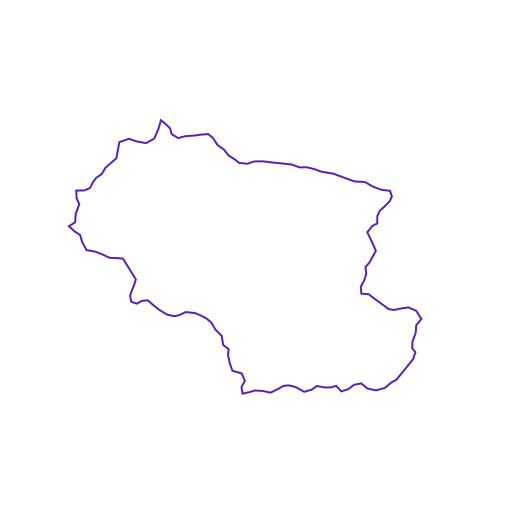 the district of Itupeva, São Paulo, Brazil, rotated 121°
{"feature_id": "56859067B21422135247003", "entity_name": "Itupeva", "entity_type": "district", "adm_level": 2, "iso_a3": "BRA", "parent_name": "Brazil", "parent_adm1": "São Paulo", "projection": "robinson", "projection_center": [-47.066, -23.146], "detail": "fine", "context": "isolated", "style": "outline", "palette": "violet", "viewbox_px": 512, "rotation_deg": 121, "n_neighbors": 0, "source": "geoboundaries", "source_scale": "gbopen_adm2", "svg_char_len": 1952}
<svg xmlns="http://www.w3.org/2000/svg" viewBox="0 0 512 512"><g transform="rotate(121 256 256)"><path d="M326.8,431.7L328.3,424.3L328.6,417.6L333.6,412.2L338.2,404.3L334.9,395.6L333.6,387.2L333.0,380.5L330.2,375.7L326.8,368.7L330.4,361.6L334.1,354.5L337.9,347.0L343.9,345.5L349.2,344.7L354.9,343.5L359.5,339.3L358.2,333.5L353.3,330.8L349.7,325.9L351.2,317.9L352.0,310.8L352.0,301.9L349.7,295.0L346.2,291.3L340.3,287.4L336.4,279.0L335.4,272.7L335.1,266.0L336.1,260.0L339.9,253.1L342.1,244.3L349.2,238.3L349.9,231.6L355.4,228.9L361.6,223.1L366.5,217.1L364.0,207.7L368.9,201.2L375.9,200.9L380.9,196.6L376.1,191.5L372.0,187.9L368.3,181.0L365.6,173.1L358.3,168.4L353.3,165.7L350.0,161.3L347.9,154.5L347.6,144.8L341.9,139.4L336.1,136.9L333.3,129.4L330.0,124.0L326.0,120.4L328.1,113.2L322.7,108.4L315.9,105.6L311.0,100.2L312.2,92.3L309.4,84.0L302.7,77.6L294.8,74.9L289.6,71.9L263.6,68.2L256.4,69.8L254.5,74.7L248.6,77.9L239.7,79.5L232.9,83.0L224.7,81.8L220.5,90.3L221.5,98.8L227.2,105.7L231.2,109.9L233.2,115.0L232.4,123.1L231.6,132.5L230.7,139.6L234.0,146.3L228.5,150.3L220.7,150.8L214.3,152.4L209.1,156.5L203.3,155.4L196.3,155.7L189.9,155.9L185.1,162.5L178.3,172.9L170.3,171.7L165.6,168.9L159.2,172.6L153.2,173.2L147.4,171.3L140.1,169.6L135.0,170.2L131.1,174.7L134.7,182.8L136.3,191.5L136.5,200.9L141.2,209.6L142.5,215.7L143.8,222.5L145.6,232.2L150.1,243.4L151.4,250.4L153.7,258.1L157.6,264.2L159.2,272.6L164.3,283.5L168.2,291.9L171.3,298.9L176.0,306.4L181.3,310.8L184.9,318.4L184.1,324.1L183.9,331.4L181.3,338.3L180.7,346.1L177.1,353.4L176.1,359.7L180.1,365.4L184.4,370.8L189.8,378.4L195.0,383.5L195.0,391.0L190.9,395.3L189.6,400.7L188.6,407.4L197.4,405.1L207.8,403.7L215.8,408.3L219.2,417.2L221.0,425.3L228.8,431.8L239.5,427.8L244.2,426.0L251.3,428.4L258.1,430.5L265.4,430.5L271.2,433.2L276.9,433.8L283.1,433.3L288.1,436.8L292.5,443.8L298.9,439.5L302.6,434.1L312.5,432.3L320.3,428.4L326.8,431.7Z" fill="none" stroke="#5b21b6" stroke-width="2"/></g></svg>